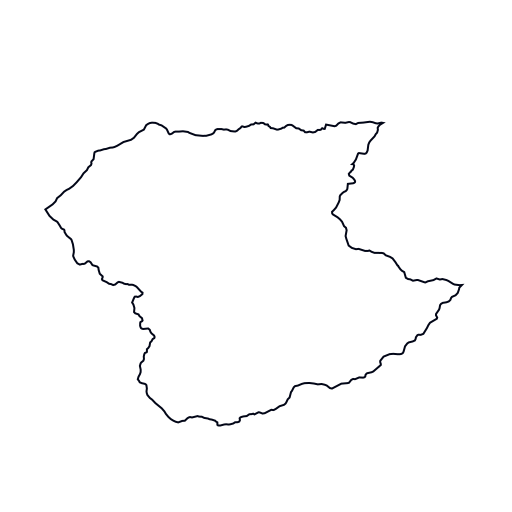 the district of Guaitarilla, Nariño, Colombia, rotated 75°
{"feature_id": "7082276B31690225930459", "entity_name": "Guaitarilla", "entity_type": "district", "adm_level": 2, "iso_a3": "COL", "parent_name": "Colombia", "parent_adm1": "Nariño", "projection": "natural_earth1", "projection_center": [-77.524, 1.156], "detail": "fine", "context": "isolated", "style": "outline", "palette": "ink", "viewbox_px": 512, "rotation_deg": 75, "n_neighbors": 0, "source": "geoboundaries", "source_scale": "gbopen_adm2", "svg_char_len": 6120}
<svg xmlns="http://www.w3.org/2000/svg" viewBox="0 0 512 512"><g transform="rotate(75 256 256)"><path d="M160.3,98.9L159.6,100.4L159.5,104.3L158.7,106.1L157.0,108.6L155.8,111.2L154.9,117.9L154.0,122.5L154.0,123.4L154.5,125.4L153.3,127.8L151.0,130.5L150.6,132.0L150.5,135.2L148.8,139.7L149.3,142.1L150.9,144.8L151.0,146.5L147.2,154.3L151.0,156.7L150.9,157.4L149.7,159.0L150.7,160.5L150.8,161.4L150.2,163.7L151.5,166.7L151.4,169.1L149.7,172.2L149.7,174.9L149.1,176.6L147.2,177.5L146.2,179.8L143.9,181.7L143.0,184.1L139.3,187.0L138.5,188.0L137.9,189.9L137.7,191.5L138.2,193.3L139.3,195.5L139.0,197.0L139.5,198.5L139.6,202.0L139.3,203.2L137.1,206.4L136.2,208.7L134.9,209.1L133.6,210.3L132.2,210.4L131.9,210.6L131.8,211.8L131.0,213.4L129.6,214.3L129.0,215.6L128.6,217.0L128.9,218.3L128.8,219.0L128.3,220.4L127.1,221.9L128.2,224.3L127.7,226.7L128.5,229.1L128.6,232.1L128.4,233.9L127.3,235.5L127.2,236.3L128.4,238.0L129.1,240.0L130.1,241.9L130.4,243.5L130.0,245.0L128.7,248.3L126.8,250.4L126.0,252.0L125.6,254.4L124.5,256.4L123.4,260.5L123.6,262.0L123.9,262.8L125.9,264.6L126.6,265.9L127.0,267.7L127.0,273.0L126.1,276.6L123.6,283.2L119.8,288.5L118.6,289.6L116.6,294.3L115.9,298.2L115.0,301.7L115.0,303.1L116.0,305.5L116.2,307.0L116.0,308.0L115.0,308.6L110.9,309.3L109.6,309.8L105.4,313.4L103.9,315.8L102.9,316.6L101.4,318.7L100.3,321.9L100.1,324.3L100.5,326.2L101.2,328.2L104.9,331.6L106.1,337.1L107.3,339.4L110.2,343.3L111.4,346.6L111.6,354.5L113.6,361.5L114.1,364.5L114.1,366.4L113.6,369.0L113.8,373.1L113.5,375.2L113.7,379.3L113.4,381.1L113.8,384.4L114.1,385.1L115.0,385.6L120.4,387.8L122.1,390.5L122.9,390.9L124.2,391.0L125.5,391.9L126.9,395.0L129.3,397.1L131.5,401.2L134.6,404.6L138.4,410.2L141.0,414.6L142.7,419.1L143.2,421.8L144.2,424.7L146.8,428.9L148.6,433.1L151.4,435.5L153.5,439.1L156.5,447.4L163.8,445.1L168.4,442.3L171.0,439.6L171.8,439.0L175.8,437.7L178.5,437.0L179.5,436.3L180.8,434.6L181.5,434.4L183.4,434.7L186.8,433.7L188.0,433.1L192.0,430.2L192.9,430.0L197.3,429.8L203.0,430.4L205.2,431.0L208.3,432.5L209.1,432.6L212.6,432.0L216.8,430.5L218.7,428.4L218.7,425.7L219.1,424.4L219.0,423.1L217.6,420.2L217.8,418.7L219.2,417.4L222.3,416.4L222.8,415.9L225.0,412.2L226.5,411.3L228.8,411.6L232.7,411.5L236.0,409.4L237.0,409.7L238.4,410.8L239.6,410.6L240.0,410.2L242.6,407.0L244.8,405.1L245.6,403.3L247.1,401.5L247.1,399.4L245.7,396.5L245.5,395.1L247.3,391.9L248.6,390.6L249.5,388.9L249.9,387.2L250.7,386.5L251.1,385.5L251.6,383.3L252.2,382.1L254.0,380.0L255.2,379.1L260.8,376.2L262.0,375.1L263.4,375.6L264.7,378.5L265.0,380.8L264.2,382.1L263.9,383.5L264.3,384.1L265.5,385.1L268.9,387.7L271.1,387.0L274.8,386.9L278.6,388.3L280.1,387.5L282.0,384.6L283.9,384.1L286.6,382.2L289.0,382.3L289.5,383.0L289.9,384.7L290.7,385.2L293.4,386.0L295.1,385.9L295.9,385.7L296.5,385.2L297.3,383.9L298.1,378.9L299.8,377.7L301.8,377.6L303.6,377.0L306.5,375.0L308.0,374.9L309.0,375.5L309.5,377.3L311.4,379.1L312.1,380.6L315.5,382.2L317.0,383.9L317.8,385.5L320.4,386.2L320.7,386.6L320.9,388.4L321.9,389.3L324.0,390.4L326.5,390.9L328.0,391.9L329.2,394.5L329.8,395.2L332.1,396.6L335.9,396.8L338.3,397.5L340.1,398.7L342.2,400.7L344.5,402.1L346.4,401.3L347.9,401.0L349.3,399.2L350.7,396.5L351.5,395.7L352.4,395.3L355.7,395.7L358.4,396.8L360.0,397.0L362.1,396.9L365.6,395.3L367.9,393.5L372.0,391.3L378.7,386.5L382.4,384.7L385.2,383.9L388.7,382.3L391.5,380.5L393.7,378.4L395.3,376.5L396.6,374.2L396.2,369.9L396.7,367.4L394.9,364.1L394.5,362.4L394.5,361.4L395.4,359.6L395.5,353.9L396.4,352.5L397.2,350.0L399.0,347.9L400.6,344.4L401.6,343.2L402.6,341.0L404.5,338.1L405.2,337.8L406.7,336.4L409.1,337.0L409.9,336.4L410.5,334.4L410.5,330.4L410.8,328.4L411.7,326.1L411.9,324.7L411.9,321.3L411.2,319.3L411.8,316.6L411.6,315.0L410.4,314.0L408.5,313.8L407.9,312.9L407.7,311.7L407.7,309.7L408.2,306.4L407.2,303.6L407.2,302.9L407.6,301.2L407.6,299.5L408.6,298.5L407.6,294.0L408.0,293.0L409.9,290.4L410.1,288.2L408.5,281.0L409.3,279.2L409.3,278.5L408.8,276.4L407.2,272.1L407.0,267.5L406.2,265.7L405.4,264.8L402.6,262.4L401.4,260.2L396.5,257.4L395.6,256.2L392.6,253.5L391.8,252.0L392.0,249.1L391.4,244.7L391.4,242.1L392.4,237.5L394.2,233.0L396.0,229.5L396.6,225.8L398.1,223.0L399.4,221.2L402.7,218.8L403.7,216.9L401.4,206.6L402.5,200.4L402.5,199.0L400.3,196.0L399.9,194.0L400.5,192.6L400.6,191.9L400.0,187.7L401.2,184.1L401.2,182.5L400.6,181.6L399.2,181.0L398.3,179.8L398.0,179.0L398.2,174.4L397.9,172.6L393.6,163.7L392.7,163.4L390.5,163.5L389.4,163.1L386.2,158.8L385.4,152.3L386.0,148.8L387.6,144.4L388.1,142.3L388.2,140.8L387.8,139.4L386.7,138.3L381.8,135.4L379.6,132.5L379.0,130.8L379.1,126.8L378.7,124.4L377.3,123.2L375.9,122.6L374.2,120.5L374.1,119.4L374.8,117.3L374.5,114.5L369.8,109.5L367.4,107.4L365.5,105.2L363.4,97.6L362.4,96.9L359.8,97.5L358.6,97.1L355.2,93.1L353.9,92.2L351.1,90.9L350.1,89.6L349.6,87.7L350.0,84.1L349.8,81.6L348.8,79.7L347.0,78.4L346.2,77.3L345.6,73.4L343.9,70.7L340.7,68.5L339.2,67.8L337.3,64.6L336.9,66.8L335.0,71.5L334.1,72.7L329.9,76.6L328.5,78.3L326.5,81.9L326.3,84.5L324.4,87.5L325.2,90.8L324.9,96.6L325.4,99.2L325.1,99.9L321.1,105.8L320.8,106.9L320.5,110.8L318.5,113.0L317.6,115.1L315.8,116.9L309.9,117.0L308.0,118.9L306.1,120.0L302.9,121.2L302.2,121.2L301.7,121.8L298.1,122.9L293.7,124.7L291.5,126.8L288.9,130.5L286.5,132.0L285.6,133.7L283.6,140.8L281.9,143.2L280.0,145.1L280.1,146.4L279.3,149.4L275.7,155.0L275.3,157.7L273.0,161.3L269.9,163.8L262.6,164.3L259.9,164.3L254.6,161.8L252.0,161.8L250.0,163.2L245.2,164.0L242.3,165.4L239.7,167.2L235.7,171.0L234.6,171.4L233.0,171.1L231.8,168.9L229.9,166.1L225.6,162.2L223.5,160.7L220.2,159.7L219.2,159.0L217.4,155.9L216.8,154.2L216.6,152.6L215.7,151.2L214.8,150.4L210.1,148.6L210.9,143.3L210.7,142.0L210.2,141.2L209.3,140.9L207.6,141.3L205.4,142.4L202.5,145.1L200.7,145.1L199.6,143.6L199.0,142.2L198.2,141.7L197.9,140.5L197.4,139.9L195.5,138.5L194.0,137.8L192.6,138.1L192.2,139.2L191.3,137.5L188.6,134.5L183.5,130.9L183.2,130.2L183.3,129.7L185.4,124.8L185.4,123.5L184.8,122.4L183.0,120.9L177.6,118.7L175.6,117.2L174.2,115.5L171.1,110.5L169.3,108.8L168.2,107.1L165.7,105.6L163.7,105.3L162.6,104.3L161.3,102.3L160.3,98.9Z" fill="none" stroke="#020617" stroke-width="2"/></g></svg>